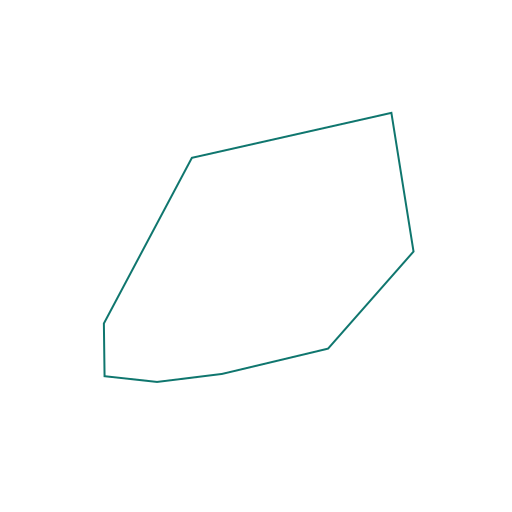 map outline of Singapore (Natural Earth projection), rotated 145°
{"feature_id": "SGP", "entity_name": "Singapore", "entity_type": "country or territory", "adm_level": 0, "iso_a3": "SGP", "parent_name": "Asia", "parent_adm1": "", "projection": "natural_earth1", "projection_center": [103.867, 1.356], "detail": "fine", "context": "isolated", "style": "outline", "palette": "teal", "viewbox_px": 512, "rotation_deg": 145, "n_neighbors": 0, "source": "natural_earth", "source_scale": "50m", "svg_char_len": 273}
<svg xmlns="http://www.w3.org/2000/svg" viewBox="0 0 512 512"><g transform="rotate(145 256 256)"><path d="M419.3,288.0L252.2,373.2L63.0,295.6L124.4,169.3L250.1,138.8L351.5,178.9L409.3,209.6L449.0,244.4L419.3,288.0Z" fill="none" stroke="#0f766e" stroke-width="2"/></g></svg>